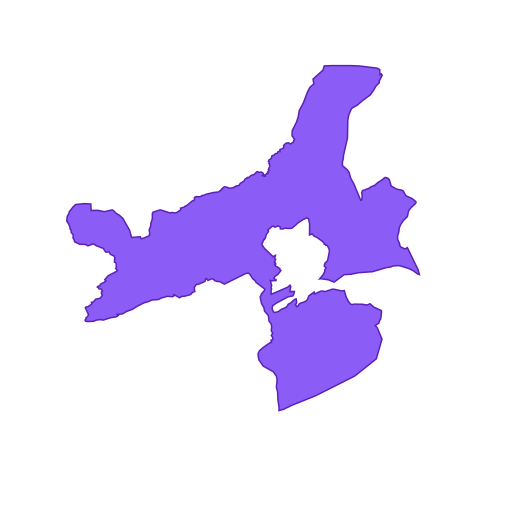 the district of Mbeya, Mbeya, United Republic of Tanzania, rotated 69°
{"feature_id": "72390352B82808491826054", "entity_name": "Mbeya", "entity_type": "district", "adm_level": 2, "iso_a3": "TZA", "parent_name": "United Republic of Tanzania", "parent_adm1": "Mbeya", "projection": "equal_earth", "projection_center": [33.409, -8.971], "detail": "fine", "context": "isolated", "style": "filled", "palette": "violet", "viewbox_px": 512, "rotation_deg": 69, "n_neighbors": 0, "source": "geoboundaries", "source_scale": "gbopen_adm2", "svg_char_len": 6148}
<svg xmlns="http://www.w3.org/2000/svg" viewBox="0 0 512 512"><g transform="rotate(69 256 256)"><path d="M193.8,138.5L178.6,128.3L161.8,121.5L157.0,118.4L153.2,114.6L152.4,113.5L151.4,107.2L149.1,100.8L146.6,91.7L143.3,86.6L140.5,83.3L138.5,78.9L136.8,78.2L132.5,73.4L130.9,73.8L131.3,75.3L126.2,73.7L124.3,75.3L122.8,77.9L115.8,91.1L112.4,98.8L105.3,117.3L103.0,124.2L106.5,126.9L111.3,139.4L116.0,140.3L117.8,145.1L121.2,149.0L130.2,157.1L135.7,163.5L141.2,166.7L145.4,170.1L152.0,177.3L156.7,179.3L161.0,178.2L161.5,179.2L162.9,180.0L163.8,183.6L162.1,184.9L161.5,186.9L161.6,188.1L162.6,190.5L164.8,191.3L165.2,192.6L165.2,195.5L167.1,196.2L166.5,197.2L166.6,198.2L167.8,199.1L167.4,200.6L167.7,202.2L168.4,203.1L168.1,204.6L168.3,205.4L169.7,206.1L170.7,207.7L170.8,209.1L172.0,210.5L173.1,210.1L174.3,210.8L174.6,210.4L177.2,211.0L179.5,213.4L180.9,212.9L181.3,214.7L183.0,215.0L183.4,215.6L182.7,216.4L183.3,217.2L183.6,218.7L184.7,218.5L184.7,219.3L183.3,221.1L182.4,219.7L181.4,219.6L179.6,220.8L178.9,223.7L177.9,224.1L177.6,224.9L179.3,228.7L179.0,231.4L180.1,235.0L180.1,235.7L179.6,236.0L180.2,237.3L180.2,238.5L181.8,240.5L182.5,244.5L184.1,246.9L183.5,249.4L184.1,253.1L183.8,254.1L183.0,257.1L182.1,257.5L180.2,260.3L180.2,261.7L181.2,264.1L181.7,264.3L182.8,268.1L181.5,272.8L180.4,280.8L180.7,282.2L180.2,284.7L180.6,286.4L180.4,287.7L179.1,290.6L179.3,292.5L181.0,293.1L181.8,293.9L181.8,295.9L184.1,302.5L184.1,304.3L184.6,305.5L184.3,309.3L185.9,309.7L187.1,314.7L186.8,316.1L185.3,318.7L184.8,321.1L179.0,328.2L178.5,329.5L178.2,336.5L179.3,337.6L184.0,339.4L187.6,342.3L190.7,343.9L193.5,346.5L197.6,347.3L197.9,348.0L198.9,348.3L199.0,355.5L198.6,357.1L196.5,357.2L194.1,365.5L186.5,364.8L173.2,366.8L168.5,369.2L166.4,371.1L162.5,372.8L161.4,373.8L160.3,381.6L156.7,387.3L154.4,393.6L148.2,391.6L145.5,397.8L143.3,405.9L144.6,409.2L147.7,414.4L149.1,415.3L151.2,417.9L155.5,420.2L158.9,419.4L162.4,419.4L164.2,419.9L165.4,419.3L167.6,420.1L170.9,419.1L173.6,420.4L175.7,419.9L177.7,420.3L182.0,416.3L183.8,411.5L186.3,409.2L186.4,403.4L189.0,401.6L194.1,395.9L198.1,395.1L198.8,394.3L199.6,391.5L202.1,391.4L205.3,388.5L206.9,388.4L211.0,390.4L212.0,389.3L212.7,389.2L216.6,390.5L217.3,391.5L219.8,390.6L220.4,392.0L221.5,401.3L223.9,405.7L225.4,405.1L226.3,407.8L226.3,410.1L226.9,411.7L227.8,412.4L227.7,414.7L228.2,415.3L229.1,414.5L230.4,414.4L231.4,412.5L233.5,411.9L233.8,411.9L234.2,413.3L235.9,413.8L237.6,413.5L239.6,416.6L238.8,421.0L240.6,424.3L240.3,426.3L241.7,426.3L242.5,428.2L243.1,430.7L242.7,433.0L243.1,433.9L250.8,433.4L252.1,434.9L252.9,437.0L253.8,437.3L254.6,438.6L255.9,438.5L257.0,436.4L258.8,430.7L258.6,428.4L259.5,424.4L261.1,421.5L261.5,413.9L262.7,408.4L262.2,405.8L260.8,406.5L262.2,401.4L261.4,396.8L261.5,390.5L260.4,385.1L259.6,377.6L260.0,372.8L259.8,369.1L261.6,362.8L261.3,358.8L261.9,353.1L264.1,348.6L263.9,346.9L262.7,346.4L267.6,342.3L267.1,339.8L268.0,336.9L268.6,330.9L267.3,328.5L267.2,325.9L263.4,325.0L261.3,322.2L261.8,318.4L261.5,313.6L261.3,312.6L259.3,311.1L259.3,310.3L261.6,309.6L261.4,305.5L262.9,303.5L263.9,303.7L265.6,301.8L267.2,298.7L270.9,295.7L268.7,272.0L268.9,270.1L269.5,269.0L270.8,268.3L276.4,267.1L278.6,265.7L280.7,265.4L290.1,259.6L291.2,260.5L293.1,264.1L295.7,266.8L302.4,267.9L307.2,267.1L310.5,267.8L316.1,265.8L321.4,267.2L324.9,266.1L328.1,266.9L331.1,268.5L334.1,268.1L335.7,270.2L337.4,269.7L339.4,269.9L340.1,270.4L340.0,272.2L342.0,272.3L342.3,273.1L341.9,273.7L344.0,282.2L345.7,286.8L348.0,289.1L350.4,289.9L354.1,290.5L361.4,288.7L370.2,281.4L375.4,280.0L379.0,280.6L385.8,284.0L390.8,284.6L398.2,287.1L406.3,288.9L408.5,290.0L409.0,285.4L408.2,275.9L407.8,250.5L403.4,206.6L395.1,180.5L378.8,168.2L366.5,168.5L363.6,169.6L362.8,165.4L360.7,163.9L359.4,162.1L352.9,158.7L351.9,158.5L345.9,164.4L341.5,166.6L341.5,170.1L339.3,173.7L336.1,181.6L335.8,183.7L334.9,184.9L331.8,185.9L326.5,186.5L319.9,186.0L319.4,188.4L315.0,195.0L314.3,196.7L314.0,204.5L313.0,205.4L312.0,208.2L312.5,214.9L310.5,214.7L312.1,220.8L315.3,223.9L315.8,225.3L316.2,226.6L316.0,231.9L316.4,233.1L317.9,235.1L317.8,236.2L315.3,236.5L314.8,235.3L313.8,234.6L310.4,233.9L310.4,235.7L312.4,240.8L312.5,243.1L313.9,244.7L314.7,246.9L314.9,251.5L315.9,255.1L315.5,258.6L314.5,259.7L311.0,259.9L308.5,258.4L307.3,254.0L305.6,240.8L306.5,235.9L305.5,234.6L302.9,232.8L301.8,235.5L302.2,236.1L301.2,237.1L297.1,234.5L295.4,234.7L296.5,237.7L297.2,255.5L293.9,254.4L292.3,253.2L290.4,253.2L289.4,252.0L284.0,251.4L284.7,250.5L286.1,246.1L285.4,245.9L285.4,246.7L283.8,246.7L283.1,247.3L282.0,245.9L281.0,242.0L278.4,237.9L277.2,238.5L276.0,238.3L275.3,239.3L273.9,239.8L272.6,241.3L270.7,241.6L270.6,240.4L268.6,240.5L268.7,241.0L268.2,241.0L266.1,238.8L265.0,239.5L262.4,237.7L262.7,240.3L252.1,245.3L247.3,246.5L243.3,242.6L243.6,242.2L242.1,240.4L239.6,238.7L237.6,235.5L236.0,235.6L234.2,230.5L234.3,229.3L235.9,227.9L235.8,224.9L236.8,223.6L237.8,223.0L239.4,223.6L240.4,221.2L240.4,218.3L241.1,217.7L242.5,214.4L242.9,212.2L240.1,204.6L238.9,199.2L238.6,194.9L240.1,193.6L245.4,194.5L255.5,198.5L255.6,195.6L258.3,194.6L260.2,192.7L265.8,188.9L268.2,187.9L269.4,188.1L270.2,187.0L271.0,187.1L271.9,185.6L275.9,185.3L278.1,185.9L285.3,190.4L286.6,191.9L287.2,194.0L289.7,195.9L292.2,194.9L293.5,196.7L295.0,197.3L297.5,200.0L300.2,204.8L300.5,203.5L304.2,196.9L308.4,192.4L305.0,180.5L307.2,173.4L308.2,166.8L312.4,152.9L313.5,138.9L314.5,134.3L314.4,131.6L315.7,127.4L316.7,125.1L322.6,117.7L326.0,114.5L330.7,111.6L331.9,110.1L326.8,109.6L302.4,111.7L302.8,113.5L302.3,114.9L299.6,117.5L298.3,118.0L295.0,117.5L291.7,117.8L288.3,116.8L284.8,114.1L281.0,112.1L278.5,109.7L275.7,105.7L273.5,100.6L268.4,97.2L266.6,94.3L264.0,87.9L262.6,87.2L258.3,89.7L254.0,94.0L252.6,94.7L248.0,95.2L246.7,96.4L243.9,100.8L239.2,104.7L232.4,104.2L230.5,105.1L228.9,107.3L230.5,112.6L231.0,115.7L232.6,120.1L232.6,123.8L233.4,127.0L233.1,128.8L233.5,130.6L233.0,132.4L233.4,133.4L234.9,134.8L237.2,135.0L241.5,137.1L241.6,138.3L223.7,138.8L217.2,139.7L211.3,139.1L207.9,140.0L202.7,142.9L199.4,141.7L195.7,139.2L193.8,138.5Z" fill="#8b5cf6" stroke="#5b21b6" stroke-width="1.5"/></g></svg>